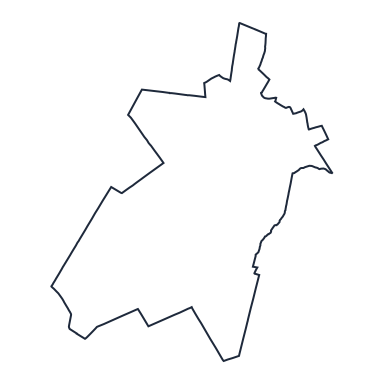 the district of Mereni, Teleorman, Romania
{"feature_id": "2599482B71654647483987", "entity_name": "Mereni", "entity_type": "district", "adm_level": 2, "iso_a3": "ROU", "parent_name": "Romania", "parent_adm1": "Teleorman", "projection": "orthographic", "projection_center": [25.652, 44.232], "detail": "fine", "context": "isolated", "style": "outline", "palette": "slate", "viewbox_px": 384, "rotation_deg": 0, "n_neighbors": 0, "source": "geoboundaries", "source_scale": "gbopen_adm2", "svg_char_len": 5765}
<svg xmlns="http://www.w3.org/2000/svg" viewBox="0 0 384 384"><path d="M223.3,360.6L223.7,361.0L227.8,359.5L232.5,358.1L239.0,355.9L239.4,354.1L243.3,338.4L245.9,328.2L247.4,322.0L247.7,321.0L248.0,319.4L250.8,308.0L253.3,298.5L255.9,287.9L259.2,275.0L256.9,274.3L255.6,273.9L254.7,273.7L254.4,273.4L254.4,273.2L255.9,270.0L257.3,267.5L252.9,266.7L255.7,255.9L255.7,255.6L255.6,255.2L255.6,254.8L255.8,254.5L256.8,253.7L258.3,252.3L258.4,252.2L258.7,251.3L259.2,249.8L259.5,249.0L259.9,246.6L260.3,245.7L260.4,245.2L260.4,243.8L261.0,242.4L261.3,241.4L261.5,241.1L261.6,240.9L262.6,240.0L264.0,238.3L265.0,236.5L265.4,236.5L266.1,236.1L266.5,235.8L267.0,235.2L268.2,234.2L268.3,234.1L268.7,234.2L269.2,233.7L270.5,232.9L271.1,231.7L271.1,231.4L271.0,230.6L271.1,230.3L271.8,229.3L272.6,228.1L274.1,226.0L274.4,225.5L274.9,225.3L275.3,225.1L275.8,225.1L276.0,225.2L276.5,225.2L276.7,224.8L277.4,224.5L277.6,224.4L278.3,223.4L278.6,223.2L279.0,222.7L279.5,222.1L279.6,221.9L279.6,221.5L279.6,220.8L279.7,220.6L280.0,220.0L280.8,219.2L281.6,218.0L282.0,217.5L282.4,217.1L283.0,216.2L283.6,215.1L284.2,214.2L284.6,213.3L284.7,213.0L284.8,212.5L284.9,211.2L285.0,210.9L285.1,210.7L285.5,210.1L285.5,209.4L285.9,207.2L286.0,206.6L286.0,206.3L286.3,205.3L286.6,203.9L286.9,201.9L287.1,200.6L287.4,199.5L288.4,194.7L288.7,192.8L288.9,191.9L289.2,190.5L289.5,189.1L289.6,188.4L290.6,183.7L290.8,182.6L291.2,180.4L291.8,177.1L292.5,173.6L292.6,173.3L294.1,173.1L294.4,173.0L295.6,172.0L296.2,171.8L296.8,171.4L297.0,171.2L297.8,170.7L298.8,170.0L299.5,169.2L300.0,168.7L300.4,168.4L300.8,168.2L301.1,168.1L301.6,168.0L302.8,168.0L303.4,168.0L303.8,167.8L304.9,167.2L309.0,165.9L309.3,165.8L311.2,165.9L312.2,166.1L315.3,167.4L315.7,167.5L316.3,167.6L317.6,168.0L318.3,168.5L319.1,169.0L319.4,169.1L319.6,169.1L320.3,168.9L321.0,168.7L321.8,168.7L323.2,168.5L323.5,168.5L325.3,169.1L325.7,169.3L326.9,170.4L328.4,171.6L329.0,172.2L329.8,172.6L330.0,172.7L331.3,172.9L332.3,173.3L332.6,173.5L326.0,163.3L323.5,159.3L321.1,155.7L316.5,148.5L315.8,147.5L314.9,145.9L315.6,145.4L316.6,145.1L318.1,144.4L320.9,142.8L321.6,142.6L323.2,141.8L324.1,141.2L326.0,140.4L328.2,139.3L327.3,137.3L326.0,134.5L325.0,132.4L323.0,128.3L322.8,128.0L321.8,125.8L321.3,125.9L320.0,126.2L317.9,126.8L315.5,127.4L314.4,127.8L312.5,128.3L310.6,128.9L309.8,129.2L308.9,129.5L308.7,129.3L308.4,127.9L308.2,127.4L307.7,124.8L307.5,123.2L307.3,122.7L307.0,120.5L306.5,117.1L306.4,116.7L306.1,114.9L306.0,114.6L305.9,114.0L305.7,113.6L305.2,112.3L304.7,111.5L304.6,111.1L304.0,110.2L303.5,109.3L302.4,110.5L301.9,110.9L300.9,111.5L298.4,112.3L297.0,112.8L296.2,113.2L293.2,113.8L290.4,107.7L290.1,107.3L289.5,107.0L288.9,106.9L287.5,107.3L286.3,107.8L286.0,107.9L285.5,107.8L285.2,107.7L284.3,107.1L283.0,106.5L280.3,104.9L279.4,104.3L278.2,103.6L276.3,102.4L275.1,101.5L275.4,101.0L275.7,99.8L275.9,98.9L276.2,97.8L275.9,97.7L275.7,97.7L274.8,97.8L274.0,98.0L273.1,98.1L269.9,98.6L269.3,98.7L268.2,98.7L265.3,98.2L264.7,98.0L264.1,97.7L263.7,97.4L263.1,96.8L262.7,96.3L262.2,95.9L261.6,94.7L261.4,94.0L261.0,93.1L261.0,92.9L261.2,92.7L261.4,92.6L261.8,92.5L262.0,92.3L262.5,91.2L263.1,90.3L266.8,84.0L267.9,82.2L269.4,79.5L267.8,78.0L266.6,77.1L266.3,76.8L264.1,74.6L260.0,70.7L258.9,69.7L258.6,69.5L258.5,69.1L258.5,68.7L258.4,68.5L258.6,68.4L260.3,64.7L260.5,64.1L260.9,62.7L261.5,61.3L261.8,60.3L262.0,59.6L262.3,58.7L262.8,57.7L263.3,55.8L263.7,54.6L264.2,53.4L264.7,51.7L264.9,51.1L265.0,49.8L265.2,48.4L265.1,46.2L265.3,45.4L265.4,44.2L265.5,43.3L265.7,39.0L265.7,38.3L265.9,36.7L266.1,33.8L265.3,33.7L264.9,33.5L259.3,31.1L245.5,25.4L240.4,23.3L239.7,23.0L239.3,23.2L239.2,23.5L238.8,26.5L238.5,27.7L238.0,30.8L237.9,31.6L237.7,32.8L237.1,36.7L236.9,37.6L236.8,38.4L236.7,39.0L236.5,39.7L236.5,40.1L236.2,41.5L236.1,42.5L235.7,44.2L235.4,46.4L234.9,49.7L234.7,50.6L234.6,51.8L234.4,52.8L234.2,54.0L234.0,55.0L233.4,59.0L232.9,62.3L232.8,63.2L232.5,64.8L232.2,66.2L232.0,68.1L231.9,68.6L231.8,70.3L231.2,73.9L230.4,79.6L230.1,81.0L228.4,79.8L227.3,79.3L225.4,78.9L224.1,78.5L223.1,78.1L221.2,76.8L219.7,75.6L219.2,75.0L217.3,75.7L215.2,76.6L213.9,77.3L211.9,78.3L211.3,78.6L206.7,81.8L205.4,82.5L204.2,83.0L204.2,83.3L204.4,84.8L204.9,91.0L205.1,93.8L205.4,97.1L202.6,96.8L194.5,95.8L188.9,95.2L187.9,95.3L186.3,95.0L185.0,94.9L183.7,94.7L174.8,93.5L171.3,93.1L169.6,93.1L169.5,92.9L169.2,92.9L162.7,92.0L141.9,89.6L137.5,97.6L128.1,114.9L130.9,117.7L135.2,123.6L144.3,136.9L147.0,140.2L148.7,143.1L149.4,143.9L150.5,145.2L150.8,145.4L154.6,150.7L159.8,157.7L163.5,163.0L150.0,172.7L145.2,176.2L136.6,182.5L133.7,184.7L133.4,185.0L131.8,186.1L129.5,187.6L126.0,190.1L121.9,193.1L120.9,192.8L111.2,187.0L102.7,200.7L98.1,208.4L95.7,212.2L95.5,212.5L94.9,213.5L92.5,217.7L92.0,218.6L87.4,226.2L85.4,229.7L80.7,237.5L79.9,238.8L78.6,241.1L78.0,241.9L77.6,242.4L77.2,243.1L76.3,244.8L75.8,245.7L73.1,250.1L71.0,253.6L70.4,254.7L63.3,266.3L62.9,266.9L61.6,269.3L60.6,271.0L59.1,273.6L56.0,278.7L55.0,280.5L53.3,283.2L52.7,284.4L51.5,286.1L51.4,286.5L52.6,287.7L53.6,288.5L54.4,289.3L56.2,291.2L58.3,293.3L61.7,298.0L62.2,298.7L63.4,300.7L64.2,302.3L66.9,306.8L67.6,307.9L68.9,310.3L70.1,312.2L71.0,314.0L71.1,314.7L71.0,315.4L69.2,324.7L68.9,326.6L68.9,326.8L69.0,327.3L69.3,328.1L69.5,328.7L69.9,329.1L76.8,333.5L76.7,333.7L80.6,336.1L85.0,338.8L85.5,338.5L87.0,337.2L90.0,334.2L93.3,330.8L95.4,328.6L96.4,327.5L96.7,327.1L97.1,326.8L104.0,324.0L122.8,315.6L129.0,312.9L137.6,309.1L137.9,309.0L138.1,309.3L141.1,314.1L148.4,326.3L165.9,318.6L174.5,314.8L179.6,312.7L185.8,309.8L188.1,308.7L190.0,308.0L191.7,307.1L192.3,308.5L195.3,313.7L198.4,318.9L201.2,323.3L205.6,330.9L207.7,334.5L210.3,339.0L212.7,342.9L216.0,348.3L222.7,359.8L223.3,360.6Z" fill="none" stroke="#1e293b" stroke-width="2"/></svg>